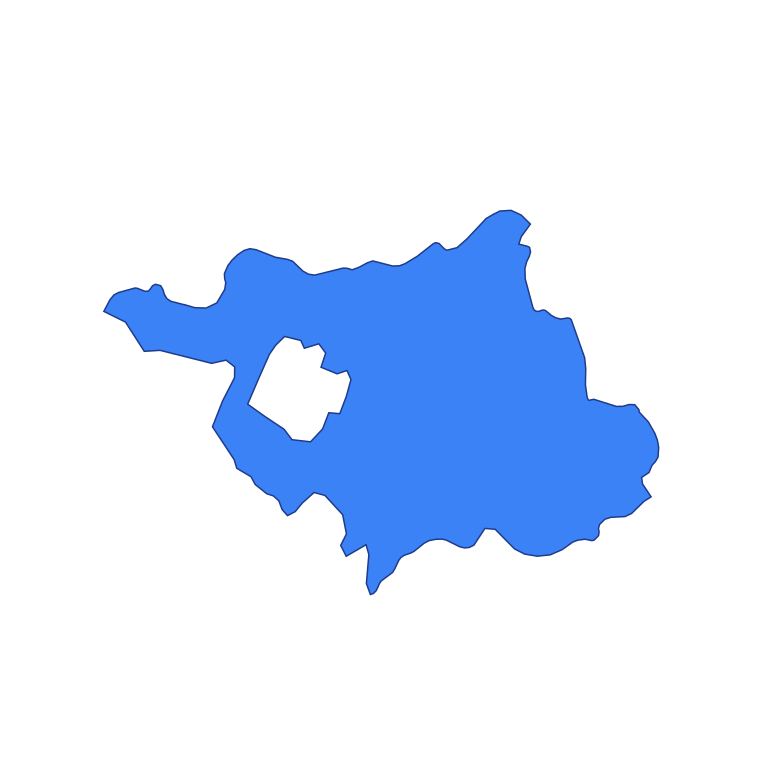 map outline of Szabolcs-Szatmár-Bereg (Albers equal-area conic projection), rotated 18°
{"feature_id": "HUN-3169", "entity_name": "Szabolcs-Szatmár-Bereg", "entity_type": "County", "adm_level": 1, "iso_a3": "HUN", "parent_name": "Hungary", "parent_adm1": "", "projection": "albers", "projection_center": [22.06, 48.0], "detail": "fine", "context": "isolated", "style": "filled", "palette": "blue", "viewbox_px": 768, "rotation_deg": 18, "n_neighbors": 0, "source": "natural_earth", "source_scale": "10m", "svg_char_len": 2628}
<svg xmlns="http://www.w3.org/2000/svg" viewBox="0 0 768 768"><g transform="rotate(18 384 384)"><path d="M672.9,408.8L667.6,415.1L659.5,430.6L654.2,435.6L641.1,440.6L635.9,444.3L632.4,451.0L632.6,455.1L634.3,458.3L634.9,461.9L632.2,467.4L630.2,468.7L623.2,469.5L616.5,472.7L612.5,475.9L604.5,486.6L594.9,495.1L583.0,500.4L570.4,502.3L559.1,500.5L534.6,487.8L524.6,490.2L519.3,509.5L515.5,513.2L511.2,515.0L506.5,515.4L491.2,513.2L487.1,513.6L481.2,515.7L475.2,519.1L471.4,523.0L464.2,534.0L461.7,536.5L456.2,540.6L453.7,543.7L452.5,547.3L451.4,556.3L450.4,560.5L442.2,572.2L441.3,575.4L441.0,579.1L440.5,582.2L440.5,582.8L438.7,586.5L436.1,588.4L428.9,579.2L422.3,550.9L416.6,542.4L401.3,559.5L392.7,550.9L394.6,538.2L385.1,521.1L362.2,508.2L351.0,508.8L343.0,522.6L339.0,532.8L332.9,539.0L325.9,534.9L320.1,527.6L313.4,524.6L306.4,524.6L292.6,519.4L286.2,513.3L270.1,509.7L264.8,502.2L234.1,477.7L235.7,450.2L239.9,424.2L236.7,413.9L226.4,410.1L213.7,417.6L160.6,421.2L145.9,427.0L119.0,405.0L95.1,401.5L97.3,388.7L99.6,382.8L103.3,379.0L117.6,369.6L119.9,369.2L127.9,369.7L131.2,368.5L132.5,365.5L133.5,362.1L135.8,359.8L141.2,359.5L144.5,362.4L147.4,366.6L151.3,370.0L156.0,371.2L171.6,370.2L169.2,370.2L180.4,369.9L191.4,366.7L199.9,358.6L203.3,343.3L202.2,336.6L199.8,332.8L198.1,328.3L198.9,319.7L201.2,313.1L205.0,306.1L209.7,300.2L214.6,296.8L220.7,295.8L241.6,297.0L253.7,295.3L259.2,295.5L272.0,301.7L278.2,302.9L284.4,301.9L309.3,286.4L313.3,285.3L318.5,285.2L324.6,280.3L330.5,274.1L335.3,270.4L355.9,269.1L362.2,266.8L367.0,262.9L376.2,252.2L387.2,235.8L389.2,233.7L392.9,233.3L399.3,236.7L402.3,237.4L411.3,231.8L418.0,220.5L430.1,194.9L436.9,187.4L437.3,187.3L440.5,183.8L451.1,179.6L462.2,180.9L473.8,186.7L469.0,201.5L469.0,209.3L478.0,208.7L480.2,209.1L482.6,213.2L482.7,218.0L481.9,223.7L482.3,230.4L485.8,240.3L501.8,265.0L503.9,267.2L506.3,267.8L508.8,267.1L511.4,265.0L512.7,264.4L514.0,264.2L515.4,264.4L521.8,267.0L526.9,268.0L532.0,267.6L538.3,264.4L539.7,264.2L541.0,264.4L542.3,265.1L566.7,297.0L571.1,307.0L575.8,322.5L581.4,334.0L583.2,336.0L584.1,336.1L588.3,333.7L611.9,333.5L617.9,331.5L623.4,327.8L628.9,326.2L634.3,329.6L635.5,331.9L647.3,338.5L657.0,347.4L661.4,353.0L664.9,359.6L667.2,368.9L666.1,374.0L664.0,378.5L663.4,386.2L657.9,393.2L660.7,399.1L672.9,408.8ZM336.3,388.8L318.9,387.5L319.0,372.6L309.6,365.9L297.2,374.6L291.4,368.3L274.8,369.5L269.0,380.6L265.9,390.9L263.3,415.7L260.6,445.3L280.5,451.6L302.9,457.9L313.7,465.4L332.0,461.7L339.5,445.7L340.4,428.4L351.1,425.9L352.0,407.4L351.2,390.0L344.6,382.6L336.3,388.8Z" fill="#3b82f6" stroke="#1e3a8a" stroke-width="1.5"/></g></svg>